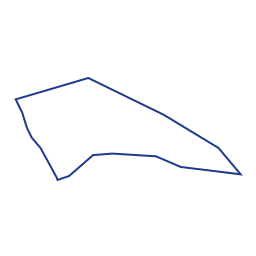 SVG path tracing the border of North Tyneside, rotated 179°
{"feature_id": "GBR-5662", "entity_name": "North Tyneside", "entity_type": "Metropolitan Borough", "adm_level": 1, "iso_a3": "GBR", "parent_name": "United Kingdom", "parent_adm1": "", "projection": "equal_earth", "projection_center": [-1.497, 55.026], "detail": "fine", "context": "isolated", "style": "outline", "palette": "blue", "viewbox_px": 256, "rotation_deg": 179, "n_neighbors": 0, "source": "natural_earth", "source_scale": "10m", "svg_char_len": 359}
<svg xmlns="http://www.w3.org/2000/svg" viewBox="0 0 256 256"><g transform="rotate(179 128 128)"><path d="M199.4,77.3L200.2,79.8L215.7,109.4L224.4,120.0L229.2,130.4L233.5,145.2L239.8,158.6L166.9,178.7L92.1,140.6L37.8,106.4L16.2,79.7L75.9,88.1L100.6,99.2L144.0,102.7L163.4,101.5L187.8,81.0L199.4,77.3Z" fill="none" stroke="#1e3a8a" stroke-width="2"/></g></svg>